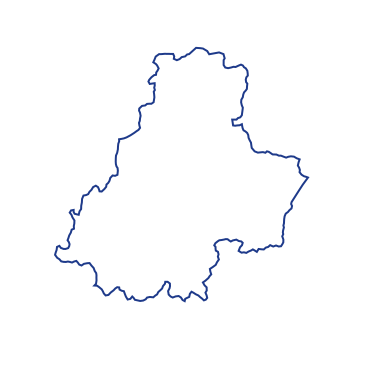 outline of Afonso Cláudio, Espírito Santo, Brazil, rotated 33°
{"feature_id": "56859067B17635890809013", "entity_name": "Afonso Cláudio", "entity_type": "district", "adm_level": 2, "iso_a3": "BRA", "parent_name": "Brazil", "parent_adm1": "Espírito Santo", "projection": "albers", "projection_center": [-41.127, -20.089], "detail": "fine", "context": "isolated", "style": "outline", "palette": "blue", "viewbox_px": 384, "rotation_deg": 33, "n_neighbors": 0, "source": "geoboundaries", "source_scale": "gbopen_adm2", "svg_char_len": 4723}
<svg xmlns="http://www.w3.org/2000/svg" viewBox="0 0 384 384"><g transform="rotate(33 192 192)"><path d="M89.3,94.3L87.8,98.2L88.5,101.6L88.9,104.3L91.9,104.3L93.7,104.8L96.7,106.5L97.0,109.0L96.9,111.2L98.0,113.3L96.6,114.6L95.5,117.8L95.0,121.1L95.3,123.1L97.7,124.4L99.6,122.7L101.4,121.1L102.8,123.1L103.5,125.1L105.3,126.7L105.3,128.7L106.9,130.5L108.9,133.1L109.7,134.9L110.9,137.6L109.9,140.1L107.9,141.4L106.3,142.6L105.6,144.9L103.2,147.0L102.3,150.7L103.3,152.6L105.1,153.7L107.4,156.1L108.4,158.7L109.5,160.8L109.9,162.9L111.6,164.8L113.5,166.5L113.3,169.1L112.4,171.1L111.3,174.0L109.5,178.0L107.4,181.8L105.7,184.1L104.0,185.8L102.1,187.5L103.3,189.1L103.9,191.7L105.3,194.4L106.6,196.6L107.9,199.9L108.4,202.8L109.6,205.0L111.5,208.1L113.0,210.1L114.8,211.7L116.5,212.4L118.2,214.5L120.1,218.2L118.7,220.3L116.4,221.4L115.8,224.7L116.7,227.5L116.8,230.0L116.2,232.3L117.2,234.4L116.9,237.2L116.0,240.8L114.1,241.8L112.5,240.4L110.5,239.1L107.9,239.1L106.4,241.7L106.5,245.0L105.9,247.7L106.1,250.3L104.9,252.2L102.9,254.1L103.6,257.7L105.4,260.9L106.6,263.9L108.3,266.7L108.2,269.5L109.4,272.8L107.5,273.5L105.4,274.2L103.6,273.2L102.5,271.5L100.6,273.3L100.7,275.9L103.2,276.7L105.6,278.4L108.9,279.9L110.5,282.6L111.4,284.9L113.0,287.1L111.6,289.1L112.5,292.1L112.7,295.3L113.5,298.2L113.9,300.2L116.0,301.1L117.7,302.4L118.5,304.3L118.7,306.5L116.9,308.7L115.3,309.7L112.4,310.3L110.1,309.4L108.7,311.6L110.0,314.3L110.7,317.2L111.4,319.3L114.8,320.6L117.4,320.6L120.1,321.4L122.2,320.6L124.3,319.4L125.8,317.9L127.8,317.1L129.8,316.5L131.0,314.5L132.5,312.8L134.5,313.3L137.0,314.3L139.4,313.8L140.5,311.1L142.9,308.8L144.8,307.4L147.8,308.5L150.9,309.3L153.4,311.2L155.8,312.2L157.2,313.8L158.5,315.9L160.1,318.2L161.5,321.3L161.1,323.6L163.4,322.3L166.0,322.4L169.3,322.8L171.3,323.8L173.3,325.1L175.9,325.8L178.0,323.8L178.6,320.5L179.8,317.1L180.2,314.7L181.1,312.6L182.9,311.7L184.4,313.3L186.8,313.1L188.9,312.3L191.4,314.2L193.5,315.7L196.6,317.2L198.5,315.2L198.8,312.2L200.7,312.6L202.8,313.5L204.7,312.8L207.9,311.6L210.2,309.6L211.6,307.2L211.8,305.0L213.8,303.0L216.9,301.4L217.6,298.9L218.5,296.9L218.2,294.3L218.9,291.7L219.5,289.2L218.9,286.7L219.3,283.7L218.5,281.9L220.5,280.6L223.3,280.8L224.8,282.9L225.6,284.9L225.9,288.1L228.3,290.7L230.9,291.3L233.3,291.0L235.2,288.4L237.5,286.5L240.2,286.5L242.9,287.7L245.3,287.5L244.5,285.3L245.7,283.2L246.8,281.5L245.7,278.6L245.9,275.9L248.1,275.7L251.0,275.7L253.7,275.3L255.9,275.7L258.5,275.9L261.0,276.4L262.2,274.8L262.4,272.5L260.5,270.7L258.1,269.1L258.0,266.6L256.2,264.0L253.3,263.4L250.4,261.9L251.5,259.2L252.6,255.3L252.6,253.0L253.0,250.6L250.9,248.9L248.9,246.8L250.3,243.6L251.6,240.2L251.2,237.3L251.3,234.0L248.9,232.1L248.2,229.8L246.3,228.0L243.9,228.2L242.6,226.7L241.6,225.2L239.7,224.6L239.5,222.2L240.4,219.4L241.2,217.6L242.8,216.3L244.7,214.5L246.0,213.1L247.6,212.2L249.5,212.4L251.5,212.4L252.6,210.4L255.1,207.8L258.0,207.6L260.3,206.6L262.2,207.0L262.9,209.4L262.4,212.2L263.2,216.0L266.6,215.9L268.4,214.3L270.7,213.5L271.8,211.2L273.4,208.9L274.3,207.0L276.4,206.9L279.0,206.9L278.9,203.5L281.7,202.1L283.5,201.1L284.2,198.4L285.8,196.6L286.5,194.0L289.8,193.5L291.6,191.1L294.4,190.5L296.2,189.0L296.2,186.7L296.0,184.5L294.5,182.1L291.8,180.0L291.5,177.7L290.2,176.4L289.3,174.5L288.4,171.7L286.9,170.3L286.2,168.2L285.2,166.5L284.0,164.4L282.9,161.9L282.4,159.1L283.4,156.4L283.6,154.2L284.4,151.6L283.5,149.2L281.7,148.1L281.0,146.2L280.9,132.9L280.9,125.5L281.4,116.7L279.5,117.1L277.3,117.8L274.4,117.8L271.4,116.8L270.5,114.8L268.5,113.2L266.4,112.2L265.2,109.0L264.5,106.0L261.4,106.7L258.3,106.8L255.5,108.2L253.6,110.0L252.2,111.9L249.6,112.5L246.7,113.1L245.1,114.2L242.4,114.6L239.1,116.6L236.4,116.5L234.5,116.5L232.7,117.1L232.2,119.1L229.8,119.9L227.9,121.4L225.8,123.1L222.4,123.8L218.1,122.5L216.3,120.5L214.6,118.5L212.2,117.2L210.0,115.8L208.1,113.6L206.1,112.4L203.8,112.1L201.6,112.2L199.7,110.9L198.3,109.5L196.9,108.0L195.6,110.1L193.7,111.5L192.1,112.9L190.2,113.8L188.2,111.5L186.3,109.4L188.0,108.3L189.9,107.0L190.2,105.1L191.8,103.1L192.0,100.5L190.4,97.1L188.7,93.6L186.6,92.2L184.4,90.1L183.1,87.7L183.0,84.9L181.9,82.3L181.4,80.1L181.8,77.7L181.9,75.7L180.6,73.4L179.4,71.0L177.6,70.4L175.9,68.5L175.1,66.2L175.4,64.0L174.1,62.2L172.4,60.2L169.8,59.0L167.6,59.0L165.8,58.2L163.7,58.5L162.3,60.5L160.5,63.4L158.6,64.4L156.9,66.4L154.8,68.5L152.1,69.5L149.4,68.3L147.9,66.0L146.7,64.1L146.6,62.1L145.2,60.9L143.3,59.2L138.7,60.2L131.4,67.1L128.0,65.5L125.8,65.6L123.1,65.7L120.9,66.7L116.9,68.9L114.5,77.9L113.0,79.3L112.4,82.0L109.9,84.5L109.2,87.3L107.5,89.7L104.2,90.2L103.2,87.9L101.0,86.5L93.8,91.0L91.4,92.9L89.3,94.3Z" fill="none" stroke="#1e3a8a" stroke-width="2"/></g></svg>